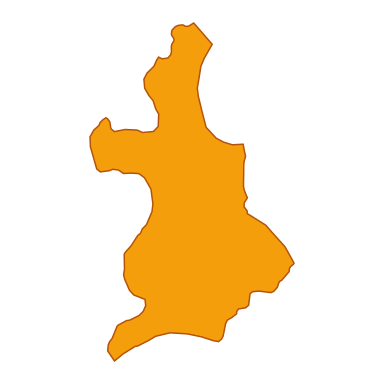 Chinautla, Guatemala (Albers equal-area conic projection)
{"feature_id": "79465075B40156667013427", "entity_name": "Chinautla", "entity_type": "district", "adm_level": 2, "iso_a3": "GTM", "parent_name": "Guatemala", "parent_adm1": "", "projection": "albers", "projection_center": [-90.5, 14.736], "detail": "fine", "context": "isolated", "style": "filled", "palette": "amber", "viewbox_px": 384, "rotation_deg": 0, "n_neighbors": 0, "source": "geoboundaries", "source_scale": "gbopen_adm2", "svg_char_len": 2030}
<svg xmlns="http://www.w3.org/2000/svg" viewBox="0 0 384 384"><path d="M294.0,263.1L290.7,257.0L285.0,246.8L271.7,232.0L265.8,225.2L247.3,213.6L247.1,210.8L244.1,206.9L244.2,203.0L245.9,200.2L247.4,197.8L245.8,194.2L244.1,189.6L243.5,186.2L243.5,182.7L243.6,178.2L243.7,172.8L243.7,167.2L243.8,164.2L244.2,161.0L245.6,156.3L244.5,151.5L243.1,144.2L232.4,144.8L223.5,142.1L216.2,138.2L206.1,127.3L202.4,113.0L198.3,96.2L197.3,88.1L199.1,77.6L200.9,66.2L204.4,58.0L212.2,44.3L193.7,23.0L188.9,26.0L186.8,26.4L185.0,26.1L183.7,25.2L182.5,24.9L179.6,25.2L178.3,25.4L176.3,26.2L175.1,26.9L172.2,29.9L171.7,31.2L171.4,33.9L171.8,35.6L173.0,37.2L173.9,38.9L173.9,40.9L172.8,42.6L171.9,44.1L171.3,46.6L171.4,48.8L171.5,51.4L170.7,54.7L167.9,58.0L162.2,58.8L160.1,57.9L158.6,57.1L157.9,58.2L156.8,59.8L153.9,66.3L152.5,67.7L147.0,73.1L143.9,79.2L144.7,88.3L148.8,95.4L153.1,100.7L155.7,108.8L158.7,114.2L158.2,126.5L153.4,131.5L142.5,132.5L137.3,130.1L125.1,129.5L114.3,131.6L110.9,128.7L109.8,121.8L107.5,118.7L105.9,117.8L102.7,119.9L100.1,122.5L98.9,125.5L93.7,130.2L90.0,136.9L90.4,146.7L96.7,168.9L100.3,171.9L109.3,170.7L112.7,169.3L118.4,170.0L123.5,173.5L130.6,173.1L138.9,173.6L144.4,177.7L145.8,180.0L151.0,189.2L152.9,204.0L152.0,211.6L146.4,224.8L142.4,228.8L140.4,233.4L137.8,235.4L131.1,245.8L125.1,252.5L124.2,254.3L124.3,259.3L124.5,269.1L123.6,274.8L124.7,279.3L129.5,290.3L133.8,295.0L145.0,299.4L145.7,305.7L143.2,311.4L139.1,315.5L129.5,320.2L126.5,320.6L118.2,325.1L117.1,326.2L112.2,338.3L109.6,341.7L108.2,345.1L107.7,351.0L114.5,361.0L122.9,354.0L135.3,346.3L137.8,346.0L144.9,342.3L147.7,341.0L155.6,336.3L170.0,332.8L187.4,333.9L201.3,336.8L213.8,340.8L218.6,341.6L221.5,339.1L223.1,336.1L225.7,323.4L227.4,320.1L232.0,317.4L236.6,313.8L236.7,311.4L238.7,308.9L245.7,307.8L248.6,305.2L250.1,293.7L252.6,291.7L258.9,291.1L271.0,292.6L273.8,291.3L277.3,287.4L278.9,282.6L280.3,280.8L281.5,280.5L289.1,271.7L289.5,268.5L290.5,266.7L293.4,264.3L294.0,263.1Z" fill="#f59e0b" stroke="#b45309" stroke-width="1.5"/></svg>